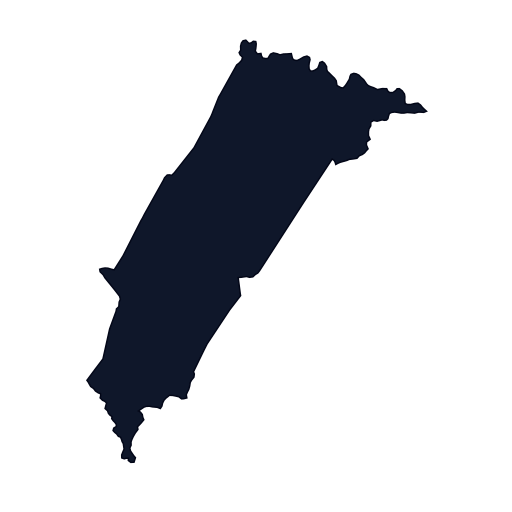 the district of Mirante, Bahia, Brazil, rotated 94°
{"feature_id": "56859067B82108406212507", "entity_name": "Mirante", "entity_type": "district", "adm_level": 2, "iso_a3": "BRA", "parent_name": "Brazil", "parent_adm1": "Bahia", "projection": "robinson", "projection_center": [-40.763, -14.123], "detail": "fine", "context": "isolated", "style": "filled", "palette": "ink", "viewbox_px": 512, "rotation_deg": 94, "n_neighbors": 0, "source": "geoboundaries", "source_scale": "gbopen_adm2", "svg_char_len": 3579}
<svg xmlns="http://www.w3.org/2000/svg" viewBox="0 0 512 512"><g transform="rotate(94 256 256)"><path d="M470.2,363.3L465.6,362.2L463.8,364.0L461.8,365.6L459.2,367.6L456.4,368.5L453.5,367.4L450.2,367.7L447.9,367.1L444.7,365.9L441.0,364.1L437.3,361.7L434.6,362.3L432.9,360.8L430.7,359.0L427.2,356.5L424.8,357.7L422.0,358.4L419.8,360.4L418.8,362.5L416.6,359.8L414.5,357.1L413.6,354.8L413.3,351.7L413.7,348.9L413.8,344.0L414.8,340.8L412.3,339.4L409.1,338.9L406.2,337.7L403.9,335.8L402.5,334.2L401.0,332.7L400.9,329.4L401.3,326.2L401.8,323.1L403.7,320.3L403.4,318.1L402.4,315.1L399.2,315.9L396.3,314.9L393.8,313.8L390.4,313.1L386.8,312.8L384.4,311.7L381.2,309.5L378.0,309.3L375.8,310.3L356.1,302.4L353.4,301.3L347.0,298.6L311.7,278.6L296.6,268.6L294.6,269.1L278.7,272.3L278.2,269.1L277.6,266.4L277.1,264.0L277.7,261.0L277.0,257.7L274.5,255.4L272.8,253.0L270.4,251.4L199.1,212.2L154.0,186.8L155.2,184.7L157.0,183.6L159.1,182.8L157.7,180.6L156.7,178.7L155.9,176.5L155.1,174.2L154.3,172.0L153.1,169.7L152.3,165.5L151.5,162.1L148.8,160.0L147.3,157.0L145.5,154.9L143.5,153.5L141.3,151.7L137.6,153.6L134.6,153.7L131.6,150.3L128.1,152.2L124.2,152.5L121.3,152.2L118.2,150.6L114.4,150.8L112.6,148.1L113.1,144.6L112.4,142.5L111.4,139.7L111.7,137.4L111.3,135.3L109.8,134.0L107.2,133.6L104.5,132.9L103.3,130.7L102.7,127.7L102.9,124.8L103.3,121.1L103.1,118.4L102.3,115.2L102.3,111.8L102.4,107.7L101.1,104.0L101.0,101.3L101.0,98.7L99.7,96.0L97.9,98.3L96.0,100.5L93.9,102.4L92.2,105.1L92.8,108.3L94.1,112.3L94.3,115.5L93.5,117.8L90.2,118.5L86.8,118.6L84.1,119.2L81.1,121.6L79.1,124.6L79.3,126.9L81.0,128.0L83.4,130.8L83.6,134.1L82.3,136.0L80.0,137.3L80.2,141.7L81.5,146.5L79.9,150.4L79.1,153.5L78.2,155.9L76.8,157.6L75.1,158.9L72.6,160.9L70.4,163.8L68.4,166.0L67.3,168.7L67.0,171.2L68.2,173.9L70.1,174.7L73.2,175.2L75.7,176.5L77.5,177.4L79.7,178.7L82.3,180.8L82.1,183.1L80.3,187.1L77.8,187.7L75.6,188.2L73.2,190.1L71.2,192.5L68.4,195.7L66.8,197.7L64.8,198.5L62.1,198.8L58.9,201.1L57.4,203.4L58.5,205.8L61.4,206.5L64.4,207.5L66.2,209.8L67.4,212.0L67.8,214.5L65.6,216.1L62.5,216.5L59.8,216.4L56.4,215.8L54.2,216.5L53.0,219.1L54.2,222.4L56.8,226.2L58.1,228.6L58.0,231.3L56.7,233.2L54.5,234.0L51.6,234.9L52.2,238.8L52.6,242.7L53.7,246.1L52.8,248.8L52.2,252.9L53.6,255.6L55.8,256.8L58.0,257.8L58.4,260.0L58.0,263.1L56.0,264.5L53.6,265.2L54.3,268.7L51.7,271.0L48.9,270.7L46.8,270.6L44.3,270.6L42.1,271.2L42.0,273.7L43.7,275.6L44.4,278.0L42.9,279.5L41.4,281.2L42.2,283.9L44.5,285.4L47.7,286.0L51.7,285.6L54.3,287.0L56.5,285.8L58.6,283.3L61.7,283.9L64.6,286.2L66.8,288.6L96.9,302.7L100.1,304.3L114.2,308.8L117.2,309.7L120.3,310.8L152.4,325.4L178.7,343.3L181.4,345.7L181.1,347.9L181.4,350.2L184.4,352.7L186.8,353.6L222.3,370.3L226.1,371.9L228.7,373.2L265.0,388.6L279.7,396.5L279.3,399.3L278.5,402.8L278.5,405.8L279.2,408.7L280.1,411.0L282.6,410.4L285.3,407.2L288.4,405.1L299.0,395.2L303.9,390.8L305.6,389.3L308.5,388.3L311.5,389.3L313.9,389.3L316.1,389.3L318.5,391.5L320.9,391.7L338.9,396.9L369.4,401.5L380.1,408.5L391.8,416.0L393.6,414.5L395.5,413.3L397.7,411.8L399.5,408.8L401.9,406.7L403.6,403.7L404.1,401.5L406.2,401.2L408.4,401.6L410.6,399.1L411.5,396.7L413.0,394.8L416.4,395.5L418.7,395.9L420.7,393.3L423.3,392.2L425.1,390.4L426.2,388.4L428.3,388.6L430.3,386.9L431.8,385.2L433.6,383.7L435.8,383.4L437.6,385.9L440.1,386.4L441.9,384.5L443.2,382.6L445.5,380.7L446.2,378.5L448.3,377.4L450.5,376.6L452.4,375.3L454.3,374.9L457.8,374.1L460.9,375.2L463.8,376.1L466.8,375.8L467.5,373.3L466.8,371.2L466.6,369.1L468.9,369.1L470.6,366.5L470.2,363.3Z" fill="#0f172a" stroke="#020617" stroke-width="1.5"/></g></svg>